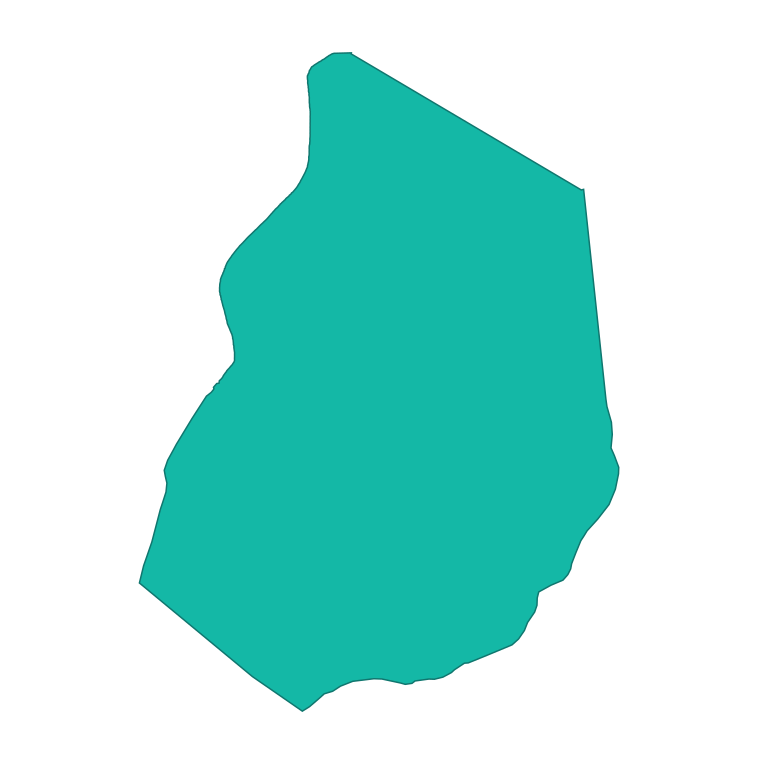 the district of Carriere, Micoud, Saint Lucia, rotated 92°
{"feature_id": "8701671B45853929817808", "entity_name": "Carriere", "entity_type": "district", "adm_level": 2, "iso_a3": "LCA", "parent_name": "Saint Lucia", "parent_adm1": "Micoud", "projection": "albers", "projection_center": [-60.947, 13.836], "detail": "fine", "context": "isolated", "style": "filled", "palette": "teal", "viewbox_px": 768, "rotation_deg": 92, "n_neighbors": 0, "source": "geoboundaries", "source_scale": "gbopen_adm2", "svg_char_len": 4892}
<svg xmlns="http://www.w3.org/2000/svg" viewBox="0 0 768 768"><g transform="rotate(92 384 384)"><path d="M54.2,428.2L55.2,444.4L55.2,445.3L55.6,446.6L55.9,447.5L57.2,449.5L57.7,450.5L58.4,451.3L58.9,452.0L59.4,452.8L60.0,453.5L61.4,455.2L61.7,455.9L62.4,457.1L63.3,458.1L63.9,459.1L64.7,460.6L65.4,461.4L66.1,462.5L66.8,463.5L67.6,464.7L68.9,466.2L69.6,467.3L70.3,467.7L71.3,468.3L72.3,468.6L73.1,469.4L74.0,469.6L76.0,470.0L77.0,470.7L77.8,470.8L78.7,471.3L79.9,471.3L81.2,471.2L82.2,471.1L83.4,470.8L84.6,470.8L85.9,470.8L87.1,470.5L87.9,470.4L89.1,470.1L90.3,470.1L91.1,469.9L91.9,469.7L92.9,469.7L93.9,469.7L94.9,469.5L95.8,469.1L96.8,469.1L97.8,469.1L98.6,468.9L99.6,468.7L100.5,468.6L101.5,468.6L102.3,468.6L103.8,468.5L105.0,468.5L106.3,468.3L107.6,468.1L108.7,468.1L109.7,468.0L110.8,467.8L111.7,467.5L113.2,467.4L114.0,467.2L115.6,467.2L116.9,467.1L118.4,467.1L119.7,467.1L120.8,467.0L121.6,467.0L122.4,467.0L124.0,466.9L124.8,466.9L126.3,466.9L127.8,466.8L129.2,466.8L130.0,466.8L131.4,466.7L132.7,466.7L134.0,466.6L135.2,466.6L136.4,466.6L137.2,466.5L138.4,466.5L139.9,466.5L140.8,466.6L142.3,466.6L143.0,466.5L144.0,466.5L145.8,466.6L146.8,466.6L148.0,466.9L148.9,467.0L150.2,467.0L151.2,467.0L152.4,466.9L153.4,466.9L154.4,466.9L156.4,466.8L157.4,466.8L158.6,466.9L159.5,467.1L160.5,467.1L161.3,467.0L162.1,467.0L163.2,467.1L163.9,467.2L164.8,467.3L165.9,467.6L167.0,467.7L167.9,467.9L168.7,468.1L170.1,468.1L170.9,468.6L172.3,469.1L173.5,469.5L174.8,470.0L176.2,470.6L177.6,471.3L178.9,471.9L180.3,472.6L181.2,473.0L182.2,473.5L183.4,474.2L185.1,474.9L186.1,475.4L186.8,475.9L187.5,476.4L188.2,476.7L188.8,477.0L189.8,477.6L190.9,478.3L191.8,479.0L192.6,479.6L193.5,480.3L194.2,480.9L194.9,481.4L195.9,482.4L196.3,483.1L197.1,483.4L197.8,484.1L198.7,485.2L199.4,485.5L200.1,486.3L200.7,486.8L201.4,487.8L202.5,488.8L203.2,489.1L203.7,489.8L204.9,490.9L205.8,491.9L206.5,492.6L207.2,493.1L207.7,493.9L208.4,494.2L209.4,495.2L210.3,495.8L211.6,497.0L212.4,497.9L213.2,498.7L214.4,499.6L215.2,500.3L216.2,501.2L217.2,501.9L218.0,502.7L219.1,503.5L219.9,504.2L221.7,505.6L222.9,506.6L223.9,507.5L225.5,509.1L226.5,510.1L227.4,510.9L228.8,512.4L230.3,513.8L232.1,515.4L233.2,516.4L233.8,516.9L234.3,517.6L235.1,518.4L235.8,519.0L236.7,519.9L237.9,521.0L239.1,522.2L240.2,523.3L241.2,524.3L242.5,525.5L244.0,526.8L245.0,527.6L245.9,528.4L246.8,529.2L248.0,530.2L248.8,531.0L249.9,532.0L250.9,533.0L252.2,533.9L253.0,534.5L254.3,535.6L255.2,536.3L256.1,536.9L257.5,538.0L258.4,538.6L260.3,540.0L261.0,540.5L262.1,541.1L263.4,542.0L264.7,542.9L266.4,543.9L267.0,544.4L267.7,544.7L268.8,545.3L271.0,546.1L271.8,546.4L272.5,546.7L273.7,546.7L274.2,547.4L275.9,547.6L276.6,548.0L277.4,548.1L278.1,548.6L279.3,548.9L280.1,549.2L281.0,549.6L282.5,550.2L283.4,550.5L285.4,551.1L286.9,551.0L287.7,551.2L289.5,551.5L290.6,551.6L291.4,551.6L292.3,551.6L293.8,551.7L295.0,551.6L296.0,551.6L297.0,551.6L297.9,551.4L299.0,551.0L299.9,551.0L300.9,550.8L301.5,550.3L302.5,550.2L303.2,550.0L304.2,549.7L305.2,549.7L305.9,549.3L307.0,548.9L308.1,548.7L308.9,548.4L311.2,547.8L312.9,547.2L314.4,546.7L315.2,546.4L316.0,546.1L317.6,545.7L318.9,545.4L320.2,545.0L321.9,544.4L323.3,544.1L324.6,543.9L325.2,543.5L326.2,543.3L327.2,543.0L328.1,542.9L328.9,542.7L329.7,542.4L330.9,541.8L331.6,541.5L333.2,540.7L333.9,540.4L334.7,540.0L335.6,539.7L336.8,539.1L338.4,538.4L339.5,537.8L341.2,537.3L342.5,536.9L343.5,536.9L344.7,536.5L345.5,536.3L347.2,536.1L348.0,536.0L349.0,535.9L349.9,535.9L350.8,535.5L351.9,535.3L352.9,535.3L355.2,534.9L357.9,534.4L359.6,534.4L361.3,534.3L363.1,534.3L364.1,534.3L365.0,534.2L365.8,534.2L366.7,534.5L367.5,534.8L368.5,535.5L369.4,536.0L370.1,536.4L370.8,537.1L372.3,538.3L373.9,539.5L374.6,540.2L375.8,541.2L376.5,541.7L377.7,542.3L378.2,542.8L379.0,543.3L379.6,543.7L380.6,544.4L381.4,544.9L382.3,545.2L384.0,546.3L384.6,546.8L386.5,548.7L388.9,548.9L389.4,551.2L390.9,552.4L392.5,553.7L393.3,554.3L394.8,553.8L395.8,554.4L396.7,555.1L397.4,555.6L398.1,556.1L398.7,556.7L402.3,561.0L425.1,574.6L438.3,582.0L451.5,589.4L457.4,592.3L467.7,597.5L477.9,600.6L483.9,599.3L490.6,597.5L499.6,598.1L509.9,601.0L517.0,603.1L550.0,610.5L565.0,615.1L574.0,617.9L591.4,621.5L681.0,505.3L713.8,454.2L709.1,447.2L701.0,438.4L695.7,432.9L692.8,424.5L687.5,417.0L682.2,404.8L678.9,383.8L678.9,375.8L682.2,357.3L683.4,352.3L682.2,345.6L679.7,342.6L677.3,328.8L677.3,323.3L674.9,314.9L670.0,306.5L667.1,303.6L660.2,293.9L659.8,290.1L650.8,270.0L640.2,246.9L634.1,240.6L625.5,235.1L617.3,232.2L606.7,225.5L599.8,223.4L592.5,223.4L586.4,222.1L579.4,210.4L573.7,198.2L568.0,193.6L562.3,191.0L557.0,190.2L546.0,186.4L533.7,181.8L528.9,178.9L523.6,175.9L511.7,165.8L496.6,154.9L481.1,149.1L465.6,146.5L459.1,146.5L447.7,151.2L440.0,154.9L426.5,154.1L414.3,155.4L398.8,160.4L391.4,161.7L182.5,191.3L183.2,193.6L55.2,428.4L54.2,428.2Z" fill="#14b8a6" stroke="#0f766e" stroke-width="1.5"/></g></svg>